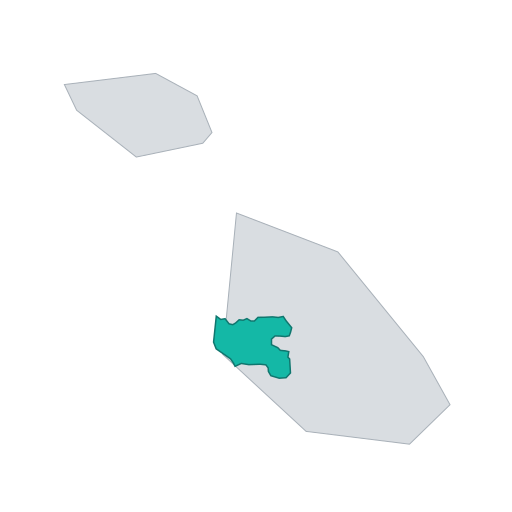 Rabat highlighted on a map of Malta, rotated 6°
{"feature_id": "MLT-5923", "entity_name": "Rabat", "entity_type": "state/province", "adm_level": 1, "iso_a3": "MLT", "parent_name": "Malta", "parent_adm1": "", "projection": "natural_earth1", "projection_center": [14.386, 35.882], "detail": "fine", "context": "in_parent", "style": "filled", "palette": "teal", "viewbox_px": 512, "rotation_deg": 6, "n_neighbors": 0, "source": "natural_earth", "source_scale": "10m", "svg_char_len": 997}
<svg xmlns="http://www.w3.org/2000/svg" viewBox="0 0 512 512"><g transform="rotate(6 256 256)"><path d="M464.5,383.6L428.3,427.1L324.2,425.2L233.3,357.4L232.1,215.3L337.0,243.4L432.9,338.6L464.5,383.6ZM191.3,149.4L126.6,170.1L62.4,129.8L47.5,105.5L137.1,84.9L180.7,102.9L199.3,137.8L191.3,149.4Z" fill="#d9dde1" stroke="#a8b0b8" stroke-width="1"/><path d="M246.7,367.9L244.8,364.9L241.4,360.9L226.1,352.5L222.8,346.1L222.8,320.0L227.6,322.8L231.8,321.6L236.3,326.3L240.1,326.7L242.7,324.8L245.9,321.2L250.0,321.2L253.5,319.2L257.7,321.2L261.2,320.8L264.4,316.8L271.1,316.0L278.8,314.8L284.6,314.8L289.4,313.3L292.6,317.2L295.4,320.0L299.0,323.6L298.3,328.3L297.4,331.9L293.5,333.1L288.7,333.1L283.3,333.5L280.1,337.0L280.7,342.6L287.4,345.0L290.0,347.3L295.4,347.3L298.6,347.7L298.3,353.3L300.2,354.9L302.5,368.7L298.6,373.9L291.9,375.1L283.3,373.5L280.4,369.5L279.8,366.0L277.2,363.2L271.4,363.2L260.2,364.8L252.6,364.4L246.7,367.9Z" fill="#14b8a6" stroke="#0f766e" stroke-width="1.5"/></g></svg>